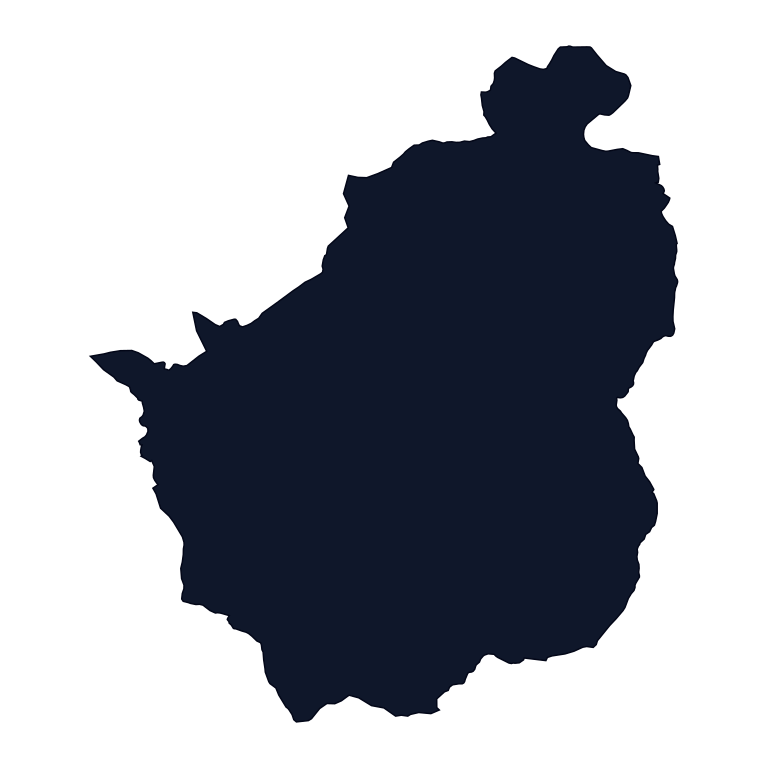 the district of Sohodol, Alba, Romania
{"feature_id": "2599482B95775637612749", "entity_name": "Sohodol", "entity_type": "district", "adm_level": 2, "iso_a3": "ROU", "parent_name": "Romania", "parent_adm1": "Alba", "projection": "mercator", "projection_center": [22.993, 46.327], "detail": "fine", "context": "isolated", "style": "filled", "palette": "ink", "viewbox_px": 768, "rotation_deg": 0, "n_neighbors": 0, "source": "geoboundaries", "source_scale": "gbopen_adm2", "svg_char_len": 6086}
<svg xmlns="http://www.w3.org/2000/svg" viewBox="0 0 768 768"><path d="M439.3,710.0L436.8,707.6L436.7,698.9L444.5,691.8L448.2,690.4L449.5,687.2L452.6,684.8L458.8,683.8L462.2,683.8L463.7,683.0L464.6,681.6L465.3,679.1L467.8,673.2L469.1,672.3L471.6,672.0L473.2,671.2L474.7,669.3L475.6,666.3L476.2,664.9L479.4,662.1L480.7,658.9L483.2,656.0L484.4,655.1L488.1,653.8L494.1,654.3L496.1,656.3L497.9,657.5L508.9,663.0L511.4,663.5L513.1,663.0L515.0,663.2L519.3,662.8L523.5,659.9L524.2,658.0L545.9,660.6L547.4,657.4L552.0,655.9L565.0,653.9L574.0,651.2L582.8,647.2L586.7,646.5L593.2,647.4L596.2,644.6L597.4,640.7L609.7,625.5L616.2,618.6L623.0,610.6L625.0,607.4L628.4,598.3L631.2,593.7L634.0,590.4L635.0,587.5L635.0,585.2L635.8,583.2L639.4,577.1L639.4,575.6L638.8,573.1L638.7,571.9L639.1,568.3L638.9,564.4L637.3,560.1L636.9,556.6L637.6,552.5L637.2,549.1L638.4,546.1L639.6,544.5L640.1,542.8L644.2,539.0L645.7,534.4L649.6,531.7L651.6,527.5L654.4,525.2L655.6,521.3L657.2,513.5L657.2,503.1L656.7,500.9L653.7,493.6L652.1,492.4L652.8,491.0L653.5,490.2L653.8,489.4L649.6,481.8L645.1,476.0L641.9,467.5L637.9,463.5L638.7,458.5L638.3,456.8L634.6,449.1L634.1,440.2L634.2,437.1L632.9,434.8L630.2,429.0L628.8,426.7L628.3,423.4L627.4,420.4L625.6,417.6L621.6,413.0L620.4,411.1L617.5,408.5L616.5,406.7L616.2,405.1L616.9,400.1L616.6,398.9L617.0,397.6L617.6,397.3L619.0,397.7L620.6,397.8L622.8,397.4L624.7,396.1L627.9,392.1L628.2,391.4L628.4,388.8L628.7,388.2L631.1,387.0L632.7,385.7L633.5,384.2L633.6,382.7L633.1,380.5L633.4,379.8L634.2,375.9L635.8,372.4L637.2,370.8L639.2,367.1L642.7,362.6L644.0,358.5L645.5,355.3L646.2,353.0L647.5,350.4L651.6,345.0L653.1,342.3L654.0,341.4L657.7,340.1L660.9,338.5L662.5,336.9L664.2,336.0L665.7,335.6L668.1,336.2L670.3,336.3L671.5,335.9L672.7,335.0L673.8,333.0L674.7,328.8L673.0,321.4L672.9,316.7L673.2,310.4L674.5,297.7L674.6,293.0L674.8,291.6L675.2,290.1L675.5,288.3L675.9,287.1L676.4,286.2L677.5,282.7L677.6,281.2L677.2,279.6L674.9,275.8L674.3,273.7L673.4,268.3L673.5,266.9L674.4,264.1L674.5,262.7L675.5,258.4L675.6,255.1L676.7,251.7L676.7,250.0L676.3,245.7L676.5,243.9L677.1,243.4L675.3,235.6L672.5,226.5L668.6,224.1L665.6,220.6L662.9,216.4L661.7,213.8L661.1,211.4L664.4,208.0L666.7,204.7L668.3,202.3L669.4,199.7L669.8,198.1L663.0,193.5L663.7,192.4L664.3,190.9L663.9,189.0L662.8,187.1L661.4,185.7L655.6,182.9L656.8,182.3L658.3,182.2L658.8,178.3L657.7,171.3L657.8,169.4L657.5,165.1L659.7,164.4L658.4,156.5L652.3,155.7L638.5,152.8L632.2,152.7L630.8,152.4L627.1,150.5L622.8,148.7L617.2,149.4L608.3,151.1L605.8,151.3L602.3,150.6L591.3,147.6L588.3,144.8L584.7,140.4L583.8,137.2L583.5,134.3L583.9,130.2L585.2,126.8L587.2,123.9L598.8,114.2L600.1,113.9L604.6,114.9L609.0,115.2L610.6,114.4L613.0,112.6L625.1,100.9L627.6,97.9L628.5,95.3L630.8,85.6L628.0,77.6L625.9,74.9L624.3,74.0L615.7,71.5L606.2,65.6L596.7,54.6L591.4,47.9L590.0,47.0L587.0,46.9L572.8,47.1L570.1,46.2L568.7,46.1L567.1,46.8L560.3,47.1L558.2,48.9L554.0,55.4L551.7,60.1L549.3,64.1L547.7,66.4L546.7,68.6L543.3,69.4L539.9,68.9L533.9,66.8L528.3,64.6L514.7,58.0L512.0,57.4L505.5,62.4L501.4,66.1L495.2,70.9L494.4,73.2L494.6,77.9L494.3,80.4L493.3,83.5L491.0,86.2L490.7,88.8L490.3,90.3L487.4,91.8L485.6,92.2L481.4,92.0L480.9,94.9L481.5,98.1L482.3,105.5L484.0,111.6L483.8,115.1L485.1,116.5L487.1,119.8L489.4,124.5L492.2,128.9L496.0,133.1L490.8,136.8L487.6,137.0L485.9,137.8L482.6,138.0L477.5,139.1L473.9,140.5L469.6,141.6L464.4,141.1L459.9,142.3L456.2,142.4L451.9,141.8L446.8,142.0L445.0,142.8L442.9,143.1L439.2,141.8L432.4,140.3L428.2,141.2L422.3,143.0L419.2,145.0L414.1,145.2L409.2,148.7L405.4,151.8L403.5,154.1L400.1,157.1L393.6,162.2L391.6,167.5L377.9,173.6L366.7,177.7L357.9,177.4L348.5,175.4L343.5,193.7L349.1,206.1L344.7,217.7L348.2,227.8L328.3,246.1L327.5,248.3L326.6,253.9L326.1,255.0L324.8,255.7L323.3,259.8L322.2,266.1L323.1,269.2L322.5,272.3L320.7,273.8L311.1,279.4L305.1,282.2L298.6,287.1L293.2,290.7L276.7,302.9L262.2,313.3L258.7,318.3L254.8,320.7L251.2,323.4L247.0,325.4L242.5,326.9L239.4,325.7L238.3,323.5L237.5,321.4L235.7,319.3L234.2,319.2L228.3,320.8L224.5,322.4L223.4,324.4L219.7,326.5L215.2,324.6L206.5,318.6L196.8,312.8L192.8,312.3L196.6,330.8L206.7,351.3L199.0,356.1L186.9,365.6L183.2,366.2L180.0,365.5L177.2,364.4L175.0,364.2L173.7,364.6L172.7,366.3L170.8,368.7L168.9,370.2L168.1,370.0L167.4,369.6L164.4,368.9L164.6,366.6L165.1,363.8L164.4,362.6L163.3,362.1L162.1,362.2L154.2,363.8L151.0,360.7L147.9,358.2L138.3,352.8L131.8,350.5L120.5,350.7L110.4,352.3L104.1,353.9L90.4,356.3L96.2,361.9L103.6,369.7L113.8,377.0L117.1,380.8L125.8,384.7L129.1,386.5L129.7,387.4L130.5,389.9L130.7,391.3L131.4,392.4L134.2,394.6L136.4,396.8L137.6,398.0L137.9,399.2L138.8,400.1L142.2,401.1L142.4,403.1L143.6,407.3L144.3,411.2L143.1,415.1L142.0,416.6L139.9,418.2L139.5,419.6L139.5,420.8L139.9,422.1L141.2,424.3L142.3,425.3L143.3,425.8L145.2,426.0L146.4,426.8L147.8,428.4L148.0,431.4L146.4,435.1L144.8,436.9L142.6,438.2L138.7,441.2L139.4,442.5L140.2,444.8L142.0,444.9L141.4,446.5L141.1,448.1L140.7,450.5L140.6,452.3L141.3,454.5L142.2,455.2L141.0,456.2L145.2,458.4L150.2,461.5L151.7,460.6L154.2,466.2L154.2,467.3L153.3,475.3L153.5,477.7L154.8,480.4L156.7,483.1L158.1,484.6L152.9,488.2L156.1,493.9L160.6,508.2L169.1,516.1L173.6,522.1L182.4,536.8L184.0,542.3L184.1,545.1L183.4,548.9L183.3,554.5L182.3,562.1L180.8,568.4L181.6,578.6L184.0,585.1L183.9,588.8L182.3,593.5L181.7,599.0L183.2,601.3L188.4,602.6L190.5,603.4L195.9,604.5L199.6,604.3L202.9,605.1L210.1,610.6L215.4,613.0L217.5,612.7L220.2,613.0L229.3,615.6L227.6,618.5L227.3,619.6L229.0,621.7L229.1,623.0L231.3,625.0L233.4,628.4L234.3,628.7L235.8,628.8L241.9,631.0L246.1,632.2L248.6,633.5L251.6,635.9L256.9,641.0L260.6,642.7L261.4,644.8L262.0,649.8L263.1,652.0L263.7,659.8L265.0,668.6L265.3,672.1L268.8,681.7L270.0,683.6L275.9,688.0L278.8,695.1L286.1,707.1L287.8,708.3L288.9,709.6L292.1,714.6L293.8,719.7L296.4,721.9L308.4,720.6L311.5,718.7L319.7,708.5L326.9,703.5L334.8,703.7L341.4,700.8L349.0,695.2L358.7,697.8L371.5,705.6L383.9,707.9L395.6,716.1L401.3,715.2L407.8,716.1L410.5,714.4L418.7,712.5L430.9,713.6L439.3,710.0Z" fill="#0f172a" stroke="#020617" stroke-width="1.5"/></svg>